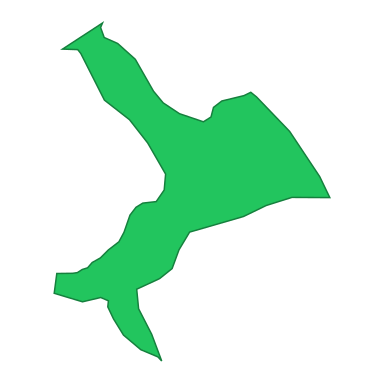 the Municipality of Metlika
{"feature_id": "SVN-969", "entity_name": "Metlika", "entity_type": "Municipality", "adm_level": 1, "iso_a3": "SVN", "parent_name": "Slovenia", "parent_adm1": "", "projection": "equal_earth", "projection_center": [15.277, 45.643], "detail": "fine", "context": "isolated", "style": "filled", "palette": "green", "viewbox_px": 384, "rotation_deg": 0, "n_neighbors": 0, "source": "natural_earth", "source_scale": "10m", "svg_char_len": 875}
<svg xmlns="http://www.w3.org/2000/svg" viewBox="0 0 384 384"><path d="M102.5,23.0L100.6,27.5L104.2,37.5L117.7,43.5L135.3,59.3L153.5,91.2L163.2,102.9L179.5,113.7L203.4,121.8L211.0,117.0L213.5,107.4L221.8,101.0L244.0,95.6L250.8,92.3L256.5,96.9L286.2,127.8L289.7,131.5L319.7,176.6L329.8,197.6L291.9,197.4L266.2,205.5L243.5,216.5L189.6,232.1L179.0,249.8L172.1,268.6L159.6,278.6L136.7,289.2L138.6,308.8L151.7,334.3L161.7,361.0L160.7,359.9L157.9,356.9L140.8,349.7L123.5,335.1L113.5,318.9L107.8,306.9L108.4,300.8L100.7,297.5L82.5,301.8L54.2,293.3L56.8,273.5L72.7,273.3L77.4,272.6L82.2,269.5L87.6,267.8L92.2,262.5L100.4,257.9L108.4,249.9L118.9,241.8L124.0,232.3L130.0,215.1L136.0,207.3L142.8,203.1L156.2,201.6L164.2,190.0L165.6,174.1L147.7,143.0L129.5,119.7L104.4,100.1L80.8,53.5L77.7,49.6L62.5,49.1L100.8,24.1L102.5,23.0Z" fill="#22c55e" stroke="#15803d" stroke-width="1.5"/></svg>